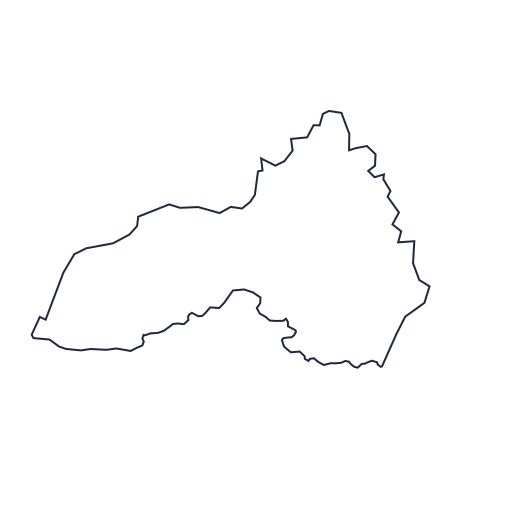 Summit, Colorado, United States of America (Robinson projection), rotated 294°
{"feature_id": "52423323B9243197654665", "entity_name": "Summit", "entity_type": "district", "adm_level": 2, "iso_a3": "USA", "parent_name": "United States of America", "parent_adm1": "Colorado", "projection": "robinson", "projection_center": [-106.158, 39.642], "detail": "fine", "context": "isolated", "style": "outline", "palette": "slate", "viewbox_px": 512, "rotation_deg": 294, "n_neighbors": 0, "source": "geoboundaries", "source_scale": "gbopen_adm2", "svg_char_len": 1807}
<svg xmlns="http://www.w3.org/2000/svg" viewBox="0 0 512 512"><g transform="rotate(294 256 256)"><path d="M92.8,83.1L90.5,86.1L95.7,101.3L93.2,112.9L93.8,120.1L98.5,134.3L103.9,143.0L109.5,157.6L114.8,166.2L118.2,180.0L123.9,184.7L128.1,188.6L132.1,188.3L134.5,185.7L138.2,185.4L138.2,186.6L142.5,191.2L145.6,197.3L150.0,202.1L155.3,205.2L160.2,207.9L162.7,212.4L164.4,217.9L170.0,220.3L173.0,218.6L175.3,218.8L178.0,220.5L177.8,223.7L177.5,227.8L179.5,231.4L183.5,233.0L190.4,235.0L193.5,243.5L200.3,246.0L215.1,248.9L220.6,258.8L221.5,268.0L219.9,277.0L214.6,279.0L208.7,277.9L204.9,283.0L204.4,289.0L202.7,294.9L204.7,300.5L207.9,307.2L210.9,308.9L208.7,312.0L204.8,313.8L204.4,320.3L204.2,322.4L202.6,323.5L201.7,323.1L199.4,323.1L196.3,321.6L194.2,317.8L192.0,314.3L189.7,313.9L187.6,315.7L184.6,318.6L182.2,327.0L186.5,334.8L184.2,341.2L181.9,342.5L181.5,346.6L183.9,347.0L186.1,350.5L184.6,355.9L184.0,362.3L188.5,367.9L190.4,372.5L193.3,377.5L196.3,380.1L197.3,383.9L195.9,386.4L194.7,390.8L195.4,394.4L200.5,396.5L202.0,399.4L203.4,400.4L207.4,404.3L208.2,409.8L206.3,411.4L205.5,414.9L206.4,416.0L242.0,416.0L261.3,417.0L281.7,428.9L298.8,426.9L300.5,414.9L313.3,402.4L333.9,394.6L326.3,380.3L337.6,378.6L340.4,367.8L353.9,368.9L363.7,352.1L370.1,352.4L377.9,341.1L382.6,339.7L376.2,332.3L379.4,323.9L386.9,328.0L397.6,323.8L401.6,312.6L394.8,302.9L390.4,298.0L405.5,291.6L421.5,275.8L418.2,263.7L413.0,259.3L401.2,261.0L398.9,255.4L385.2,254.5L377.2,240.4L367.1,246.6L354.2,243.4L346.4,236.9L347.2,221.0L336.8,227.2L334.1,223.4L311.4,230.1L303.1,228.7L293.7,223.9L290.6,213.0L280.4,205.3L277.2,183.3L269.1,167.0L267.8,155.7L244.0,132.4L235.0,135.2L224.2,131.7L209.5,120.3L194.0,97.8L183.8,89.3L162.5,86.8L112.3,89.7L112.4,83.3L92.8,83.1Z" fill="none" stroke="#1e293b" stroke-width="2"/></g></svg>